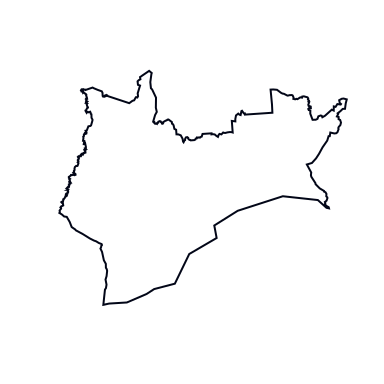 the district of Šēderes pag., Ilukstes, Latvia, rotated 287°
{"feature_id": "27541924B25331011014428", "entity_name": "Šēderes pag.", "entity_type": "district", "adm_level": 2, "iso_a3": "LVA", "parent_name": "Latvia", "parent_adm1": "Ilukstes", "projection": "mercator", "projection_center": [26.237, 55.885], "detail": "fine", "context": "isolated", "style": "outline", "palette": "ink", "viewbox_px": 384, "rotation_deg": 287, "n_neighbors": 0, "source": "geoboundaries", "source_scale": "gbopen_adm2", "svg_char_len": 5892}
<svg xmlns="http://www.w3.org/2000/svg" viewBox="0 0 384 384"><g transform="rotate(287 192 192)"><path d="M58.2,140.2L61.1,145.4L67.3,162.0L81.2,178.4L88.1,184.2L99.3,202.4L131.9,207.5L155.2,229.0L166.5,223.1L187.4,241.2L214.5,280.1L221.1,314.7L216.2,325.2L216.4,327.8L217.4,327.2L217.6,326.7L217.4,326.4L218.1,324.6L218.8,323.2L219.5,322.6L220.4,322.8L221.3,322.0L223.0,323.2L225.7,323.3L226.4,323.0L227.1,321.7L229.5,321.1L230.8,319.7L231.0,318.2L231.6,318.0L232.8,313.1L235.6,307.9L236.6,307.4L241.5,301.6L242.9,300.8L245.5,300.3L251.9,293.8L254.8,298.2L260.4,300.8L265.6,302.3L272.9,303.8L280.7,306.3L285.3,306.3L285.7,307.4L289.3,306.9L289.6,311.0L290.4,312.8L291.7,313.6L295.0,313.8L295.9,313.2L297.2,313.3L299.3,314.3L301.9,314.2L304.2,312.6L304.5,310.9L306.6,310.3L306.6,308.5L309.5,309.0L309.9,308.3L312.7,310.3L315.5,311.8L316.3,314.0L321.7,313.1L325.8,312.9L325.7,309.6L324.9,307.9L322.8,305.9L320.3,307.3L319.7,308.8L319.1,308.6L318.6,305.3L315.4,304.4L315.3,302.6L311.3,303.7L311.6,301.6L303.8,296.9L301.6,294.8L302.8,293.8L302.8,292.7L301.3,290.7L298.6,290.6L297.3,289.2L296.3,286.2L301.5,282.2L304.6,281.3L304.5,279.7L305.4,278.9L306.4,279.4L307.0,281.1L307.5,280.9L308.3,280.6L308.0,279.4L308.5,279.3L308.4,278.4L309.4,277.7L312.4,277.8L312.5,276.9L313.6,277.1L314.4,275.8L315.5,275.8L316.3,274.8L316.2,271.0L315.5,269.5L314.4,269.6L314.2,267.9L311.6,265.7L311.6,264.5L310.8,263.6L310.7,261.7L311.9,261.6L313.7,260.1L313.9,259.2L313.2,257.1L312.2,255.5L312.1,255.0L312.8,251.1L312.6,249.9L312.8,248.4L314.6,243.4L313.8,239.7L312.9,237.2L299.1,242.9L291.3,245.7L281.5,220.0L282.6,219.6L282.3,218.6L284.3,216.1L283.8,215.6L279.8,216.0L279.8,214.8L280.5,213.3L278.1,211.7L274.4,212.1L272.2,212.8L271.6,209.3L260.8,213.5L260.8,212.3L260.4,210.7L259.4,208.5L258.2,206.6L257.9,205.2L258.0,204.4L255.7,203.3L255.6,201.3L254.4,200.8L252.3,200.7L252.9,198.6L253.7,196.9L253.4,195.1L252.8,193.8L253.8,193.5L250.6,185.1L247.8,185.1L247.3,184.3L246.4,183.8L246.4,183.2L246.1,182.9L246.2,182.6L245.8,181.9L245.6,180.8L244.7,180.9L244.2,179.9L243.2,179.9L242.3,179.0L241.0,175.7L241.3,175.1L241.1,174.5L241.4,173.5L242.6,172.1L242.8,172.2L243.1,171.4L242.4,170.2L240.7,169.9L239.6,170.2L239.1,169.7L237.1,169.4L237.6,168.7L240.2,167.4L242.9,164.7L243.1,162.2L242.6,160.3L246.9,158.6L247.2,156.7L250.4,154.9L251.3,153.9L251.5,152.9L253.0,152.3L254.4,148.5L254.4,148.0L253.9,147.6L253.9,147.3L253.0,146.7L252.5,145.9L250.5,144.1L249.5,144.3L248.7,144.0L248.6,143.3L249.6,142.5L249.8,141.7L250.3,141.5L250.4,140.5L249.5,139.4L248.7,139.4L248.7,139.1L247.4,138.8L247.5,138.7L247.2,138.4L247.3,138.0L246.7,137.7L246.8,137.1L246.5,136.7L246.7,136.3L247.0,136.4L247.1,135.7L247.4,135.2L247.8,135.2L247.6,134.7L247.8,134.3L254.8,134.2L258.3,134.9L262.0,132.8L271.7,130.0L278.4,123.9L279.2,122.4L284.9,120.0L292.8,118.7L294.0,118.7L295.3,115.6L286.7,108.7L284.7,109.7L283.3,108.3L281.9,107.6L278.7,109.0L278.6,111.2L270.5,111.2L267.8,112.4L266.4,112.1L266.4,110.8L265.8,110.5L262.8,109.9L261.8,108.4L258.6,106.0L259.1,83.4L259.6,82.8L259.3,82.2L259.7,81.6L259.2,81.1L259.2,81.5L258.9,81.6L258.9,81.0L258.2,81.1L257.6,80.6L257.5,80.3L258.0,80.1L257.3,79.0L257.7,78.5L260.7,77.4L261.9,76.3L262.1,72.0L262.5,67.9L262.8,66.4L258.4,60.3L258.7,60.1L258.2,58.2L258.5,58.0L257.9,56.4L257.6,56.3L257.3,56.9L257.0,56.3L256.6,56.2L256.4,56.8L255.8,57.0L255.8,57.5L257.1,58.0L255.2,58.8L255.7,59.1L255.3,59.6L254.7,59.3L255.2,59.9L255.2,60.4L254.8,60.9L254.5,62.2L254.0,62.6L253.4,62.5L251.7,63.8L250.6,63.5L250.7,64.3L250.4,64.5L249.7,63.7L249.5,64.1L248.6,64.0L247.8,64.4L248.1,64.9L248.0,65.3L247.3,64.7L247.4,64.3L247.0,64.2L246.6,64.8L246.3,64.7L246.5,65.3L246.1,66.1L245.1,65.6L243.0,67.0L242.9,67.4L242.5,67.8L242.1,67.8L241.4,67.1L239.4,66.9L238.8,66.3L238.4,66.5L236.9,68.1L238.1,68.5L238.2,68.9L238.0,69.4L238.0,70.0L239.0,71.1L238.3,71.8L237.1,72.4L236.9,73.1L233.6,74.2L232.1,75.7L231.2,75.9L226.3,76.0L225.5,75.6L224.5,73.7L220.4,73.4L219.9,73.2L219.5,72.4L218.2,73.7L217.0,73.9L216.7,73.5L217.6,73.3L217.8,73.0L217.5,72.4L215.2,71.8L214.0,72.3L213.1,71.8L212.0,72.4L209.1,72.8L209.3,74.2L208.2,74.8L207.5,74.3L206.1,74.5L206.4,75.5L206.9,75.8L204.0,77.4L203.2,77.6L202.7,77.0L202.1,77.9L201.9,77.3L201.3,77.7L200.9,76.7L200.6,76.9L200.6,77.4L200.2,77.9L198.5,78.6L198.2,78.2L198.7,77.7L197.7,77.2L197.5,76.7L197.0,76.4L196.9,77.0L196.1,76.8L196.4,76.4L196.3,75.7L196.0,75.8L195.4,74.8L194.5,74.6L194.3,75.4L193.7,75.3L193.1,73.1L192.2,72.6L192.0,72.8L192.2,73.6L191.3,74.0L189.5,74.0L189.6,73.5L189.1,73.4L187.9,74.5L187.0,74.0L186.4,75.0L185.8,75.0L183.6,74.9L183.3,74.6L183.1,73.6L181.6,72.7L179.8,72.8L178.8,73.3L177.7,72.9L177.0,73.3L175.8,72.8L175.8,73.8L175.0,74.0L175.2,75.0L175.1,75.3L174.4,75.6L173.7,74.7L173.7,73.6L173.9,73.5L173.1,72.4L172.9,71.3L172.3,71.3L170.4,69.8L169.5,70.1L168.9,71.5L168.2,71.0L166.7,72.2L165.8,71.6L165.3,72.0L165.7,72.8L165.3,73.4L165.0,73.0L164.4,73.2L163.3,72.1L162.7,72.7L161.1,72.8L161.3,72.2L159.4,71.3L159.6,71.9L158.7,71.8L158.2,72.8L157.6,72.2L157.7,72.6L156.9,72.8L156.8,73.1L156.1,73.1L156.2,73.4L155.9,73.6L154.9,73.5L154.5,73.1L154.0,73.3L153.9,73.1L154.2,72.8L153.8,72.6L153.2,72.9L153.3,72.1L152.9,72.0L152.5,72.2L152.7,72.5L152.5,72.9L152.1,72.6L151.5,73.2L150.7,72.6L150.9,72.2L148.9,72.0L148.3,71.5L148.6,71.1L147.8,71.5L147.3,71.0L146.9,71.3L145.3,71.4L145.1,70.8L144.1,70.0L143.9,70.3L144.2,70.4L144.2,71.5L141.5,72.8L141.3,72.6L141.4,72.3L140.9,72.2L140.0,71.1L138.8,70.7L138.4,71.5L137.8,71.7L135.6,70.8L134.1,71.5L133.2,71.3L132.5,74.1L131.2,76.9L131.6,79.5L127.6,83.8L123.3,87.2L122.0,91.3L121.4,92.1L119.9,99.6L117.7,107.9L116.9,112.5L116.8,114.8L116.0,117.8L115.8,120.7L115.6,121.0L114.9,121.4L114.1,121.0L112.7,121.2L111.1,121.0L108.4,123.5L100.9,127.7L98.1,130.6L94.4,131.8L93.3,133.0L91.8,133.9L86.6,134.9L83.0,134.9L78.5,137.3L77.3,137.5L74.9,137.8L73.2,137.3L58.2,140.2Z" fill="none" stroke="#020617" stroke-width="2"/></g></svg>